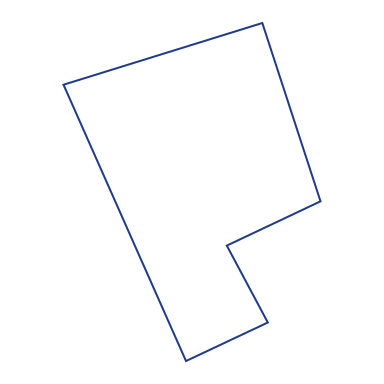 outline of Suhag City, Suhaj, Egypt
{"feature_id": "37247803B45887361748458", "entity_name": "Suhag City", "entity_type": "district", "adm_level": 2, "iso_a3": "EGY", "parent_name": "Egypt", "parent_adm1": "Suhaj", "projection": "orthographic", "projection_center": [31.655, 26.477], "detail": "fine", "context": "isolated", "style": "outline", "palette": "blue", "viewbox_px": 384, "rotation_deg": 0, "n_neighbors": 0, "source": "geoboundaries", "source_scale": "gbopen_adm2", "svg_char_len": 208}
<svg xmlns="http://www.w3.org/2000/svg" viewBox="0 0 384 384"><path d="M267.8,322.5L226.8,245.6L320.5,201.3L262.3,23.0L63.5,84.7L186.0,361.0L267.8,322.5Z" fill="none" stroke="#1e3a8a" stroke-width="2"/></svg>